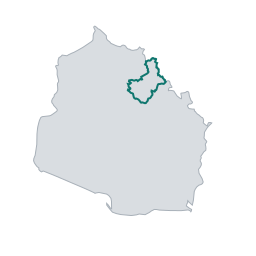 location of Silesian within Poland, rotated 200°
{"feature_id": "POL-3146", "entity_name": "Silesian", "entity_type": "Voivodeship", "adm_level": 1, "iso_a3": "POL", "parent_name": "Poland", "parent_adm1": "", "projection": "mercator", "projection_center": [18.978, 50.212], "detail": "fine", "context": "in_parent", "style": "outline", "palette": "teal", "viewbox_px": 256, "rotation_deg": 200, "n_neighbors": 0, "source": "natural_earth", "source_scale": "10m", "svg_char_len": 5888}
<svg xmlns="http://www.w3.org/2000/svg" viewBox="0 0 256 256"><g transform="rotate(200 128 128)"><path d="M208.2,142.6L209.2,144.6L209.5,146.1L209.1,147.4L209.3,148.6L212.8,153.8L214.1,157.6L215.0,159.1L217.0,161.0L217.1,161.8L216.3,162.5L215.2,162.8L214.9,163.5L216.1,165.2L216.9,168.2L216.9,170.7L216.2,171.3L215.3,172.7L214.8,174.0L210.1,175.0L209.0,176.4L206.4,179.1L204.7,180.6L202.1,183.5L198.0,188.3L192.1,196.4L191.1,198.2L191.3,199.8L192.4,203.3L192.6,204.9L192.4,206.4L192.1,207.7L192.1,208.3L194.6,210.8L194.7,211.3L194.5,211.9L194.0,212.4L192.0,211.9L189.9,210.9L189.1,211.0L188.0,210.8L183.1,208.8L179.9,207.3L179.5,206.3L178.9,204.8L177.5,203.6L174.4,202.6L173.1,201.7L167.9,201.3L165.7,201.3L164.1,201.6L163.1,201.6L161.7,203.7L160.7,204.3L159.3,204.4L158.1,204.0L156.8,202.9L154.8,202.3L153.3,202.6L152.3,202.3L151.3,202.3L151.0,202.5L150.3,202.5L149.2,203.0L148.0,203.8L146.7,204.4L145.7,205.6L144.8,208.1L142.3,207.0L141.4,207.4L140.2,207.8L139.4,207.4L139.6,206.6L140.0,205.6L140.0,204.3L139.7,202.8L139.0,202.4L137.8,202.2L137.2,201.9L137.1,201.4L136.5,200.8L135.5,199.2L134.5,197.2L133.8,196.6L132.8,197.6L131.3,198.6L130.4,199.0L128.6,202.1L125.3,202.2L125.1,200.7L124.8,199.4L122.9,199.0L122.9,198.2L122.5,196.2L118.7,192.2L118.2,190.5L118.4,189.9L118.1,188.8L117.3,188.2L114.3,187.4L113.5,187.9L112.8,187.4L111.7,186.5L109.8,185.7L109.6,185.3L108.9,184.6L108.5,184.5L108.3,184.9L107.7,185.5L105.8,186.3L105.0,186.0L104.3,185.3L103.5,183.9L102.3,182.7L101.4,182.3L100.8,181.6L100.7,181.1L102.8,180.1L103.3,179.1L103.0,177.2L102.7,176.9L101.9,177.6L100.1,178.1L98.4,178.4L97.6,178.4L92.9,174.9L89.8,173.9L88.0,173.6L87.8,173.9L88.6,175.9L90.1,178.3L90.0,178.9L87.3,180.3L86.2,181.1L85.3,182.3L84.4,182.8L83.7,182.6L83.0,182.1L81.0,178.6L78.6,175.9L78.3,175.3L77.5,175.1L76.4,174.5L76.1,173.7L76.6,172.8L77.4,172.0L78.7,171.5L79.1,171.0L79.3,170.3L79.8,169.4L79.7,169.1L78.7,168.1L77.3,167.1L73.5,167.9L72.4,168.4L71.8,167.7L71.4,166.7L70.4,166.5L69.1,165.6L67.5,164.8L65.9,164.5L62.7,163.2L61.5,163.2L60.8,162.7L60.0,161.8L59.4,160.7L59.1,158.6L56.7,157.6L54.3,157.0L54.2,157.3L54.3,159.5L54.1,160.6L52.6,161.3L51.0,161.4L51.1,161.0L53.0,157.2L53.8,154.7L54.7,150.2L53.6,146.6L53.3,145.0L52.8,144.2L49.5,142.4L49.3,141.8L49.8,139.5L49.5,138.5L48.7,137.4L47.7,135.3L47.3,133.6L48.6,131.5L49.5,127.8L50.0,126.3L49.2,125.5L48.9,124.3L49.2,122.7L48.7,121.4L47.6,120.6L46.8,119.5L46.5,118.2L46.7,116.1L47.6,113.3L45.8,109.8L41.1,105.8L38.9,103.0L39.0,101.3L40.0,99.9L41.8,98.5L43.2,96.2L43.9,93.4L44.0,90.9L41.9,82.7L41.6,80.7L41.2,77.5L45.3,79.2L47.0,80.2L46.8,79.1L46.4,78.2L46.7,76.8L46.5,74.7L42.8,73.6L40.4,73.2L40.1,71.8L40.3,70.8L41.0,71.4L43.4,71.6L49.4,68.7L59.6,65.0L70.5,61.6L73.1,61.2L75.6,60.4L76.6,59.1L77.5,58.3L79.0,56.0L82.3,52.4L88.1,51.0L90.3,49.3L94.9,46.9L105.2,44.2L109.6,43.6L113.8,43.6L117.6,45.7L121.6,48.3L122.3,49.9L120.2,48.9L117.0,46.6L115.8,46.5L118.5,53.6L120.0,56.1L123.0,58.0L125.5,58.6L133.2,57.5L135.9,56.0L136.7,55.3L137.4,55.6L147.5,56.4L182.5,58.3L192.6,58.6L193.2,58.4L194.2,57.2L195.5,57.4L197.0,58.1L197.7,58.7L197.9,59.3L198.1,60.0L198.9,60.2L200.4,60.7L202.4,62.0L204.0,63.2L205.5,64.9L206.0,66.9L206.0,69.1L205.9,70.5L208.1,81.4L211.5,91.3L212.7,96.0L213.2,98.5L213.6,102.2L213.8,104.7L213.7,106.1L213.5,108.1L212.5,109.3L205.9,112.6L204.7,113.6L202.8,116.2L201.0,118.9L200.6,119.8L200.5,120.3L200.9,121.2L203.2,122.6L205.6,123.8L206.3,124.6L208.1,125.7L208.7,126.7L209.0,127.5L209.0,129.5L208.2,132.2L208.6,134.2L207.8,135.6L207.1,137.1L207.0,139.7L208.2,142.6Z" fill="#d9dde1" stroke="#a8b0b8" stroke-width="1"/><path d="M133.9,196.6L133.7,196.6L132.1,198.4L132.0,198.5L131.7,198.6L131.0,198.7L130.6,198.7L130.3,198.9L130.1,199.1L129.8,199.5L129.6,200.4L129.6,200.5L129.6,200.8L129.3,200.9L129.2,201.4L129.1,201.8L129.0,202.0L128.4,202.2L128.0,202.3L127.8,202.3L127.6,202.2L127.3,202.0L127.1,201.9L126.7,202.0L126.0,202.4L125.6,202.4L125.2,202.4L125.1,202.1L125.2,201.2L125.2,200.7L125.1,200.4L125.1,200.0L125.2,199.5L124.7,199.2L122.9,199.0L123.0,198.6L122.9,198.0L122.7,196.8L122.6,196.6L122.4,196.1L122.3,195.8L122.2,194.9L122.1,194.7L121.9,194.5L121.6,194.5L121.3,194.6L121.0,194.7L120.8,194.5L120.5,194.1L120.2,193.9L119.4,193.8L119.2,193.6L119.1,193.4L118.9,192.6L118.5,191.7L118.2,190.9L118.2,190.2L118.6,189.6L118.2,189.3L118.1,189.0L118.1,188.6L118.0,188.1L117.8,187.9L117.1,188.4L116.6,188.4L115.3,187.6L114.6,187.4L113.9,187.5L114.0,187.5L113.5,188.0L113.3,188.1L112.9,187.8L112.8,187.6L112.7,187.1L112.4,186.8L112.0,186.7L111.8,186.7L111.2,186.2L110.9,186.0L109.8,185.8L109.6,185.5L109.7,185.0L108.6,184.3L108.4,184.3L108.4,183.8L109.5,181.7L111.7,181.2L112.8,180.4L114.5,179.6L114.7,178.8L114.7,177.4L114.4,173.8L114.6,173.2L115.0,173.1L115.4,172.9L115.4,172.4L115.2,171.9L115.4,171.3L116.0,171.2L118.6,171.2L118.4,170.2L117.8,169.6L117.2,169.1L116.7,168.5L116.4,167.4L116.8,166.3L117.1,164.5L117.6,163.5L119.0,162.6L119.1,161.6L118.9,161.1L118.8,160.4L118.9,160.0L119.1,159.7L119.8,157.5L120.6,157.1L123.2,157.0L123.8,156.7L124.3,156.3L125.0,156.5L125.5,157.0L127.8,158.3L129.0,158.5L130.4,158.5L131.0,158.0L132.2,158.2L133.3,159.2L135.0,161.9L135.6,162.1L137.4,162.0L139.3,162.9L140.8,163.2L141.1,163.4L141.1,163.7L141.1,164.0L141.1,164.3L139.8,164.5L139.2,165.7L139.6,166.3L141.0,166.7L141.6,167.2L142.1,168.3L143.0,169.3L142.2,169.4L141.0,170.5L140.7,171.3L141.3,171.6L142.5,171.8L143.0,172.0L143.1,172.6L143.2,173.1L140.9,174.5L140.3,174.6L139.3,174.5L138.4,174.6L136.8,175.9L136.3,176.0L135.9,176.0L134.9,175.4L134.4,176.1L133.9,177.1L133.1,178.2L131.9,178.1L131.4,178.5L132.3,179.5L133.1,180.6L128.9,185.4L128.5,186.0L128.1,186.8L127.9,187.7L128.3,188.2L128.7,188.2L129.1,188.7L129.2,189.6L129.7,190.6L130.6,191.0L131.0,191.6L131.2,192.5L131.8,193.0L132.5,193.3L133.7,193.5L133.6,194.3L133.3,194.9L133.2,195.5L133.4,195.9L133.8,196.2L133.9,196.6Z" fill="none" stroke="#0f766e" stroke-width="2"/></g></svg>